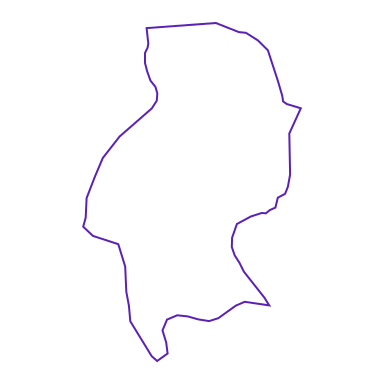 an SVG outline of Krško
{"feature_id": "SVN-958", "entity_name": "Krško", "entity_type": "Statistical Region", "adm_level": 1, "iso_a3": "SVN", "parent_name": "Slovenia", "parent_adm1": "", "projection": "robinson", "projection_center": [15.476, 45.922], "detail": "fine", "context": "isolated", "style": "outline", "palette": "violet", "viewbox_px": 384, "rotation_deg": 0, "n_neighbors": 0, "source": "natural_earth", "source_scale": "10m", "svg_char_len": 910}
<svg xmlns="http://www.w3.org/2000/svg" viewBox="0 0 384 384"><path d="M269.2,305.4L244.7,301.8L235.7,305.7L218.3,318.2L209.1,321.1L198.4,319.4L187.7,316.4L177.2,315.3L167.0,319.6L162.5,330.4L166.2,342.5L167.6,353.5L157.1,361.0L156.7,360.6L151.7,356.2L130.3,321.3L128.9,305.6L126.3,291.7L125.2,266.6L118.3,244.2L92.9,235.9L83.2,226.7L85.7,217.6L86.6,198.1L94.8,176.9L102.8,158.0L119.6,136.5L151.9,108.3L156.8,100.6L157.3,93.3L155.4,86.8L150.5,80.7L147.2,71.5L145.0,63.0L145.0,53.0L147.6,47.6L148.3,43.6L146.6,28.1L215.8,23.0L238.9,32.1L245.9,32.8L257.9,40.4L267.9,50.3L278.1,81.6L282.3,96.0L283.1,101.4L286.7,104.0L300.8,108.3L289.3,133.5L290.1,174.6L287.9,186.7L285.1,193.8L277.8,197.7L275.4,207.6L269.8,210.1L265.9,213.3L261.7,213.0L250.8,216.5L236.9,224.0L232.1,237.7L231.8,247.0L234.7,255.4L239.4,262.7L243.9,271.7L264.5,297.8L269.0,305.1L269.2,305.4Z" fill="none" stroke="#5b21b6" stroke-width="2"/></svg>